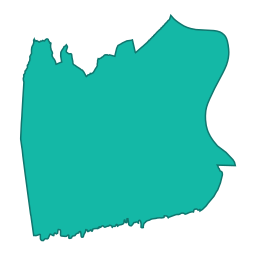 Phra Samut Chedi, Samut Prakan, Thailand (Equal Earth projection)
{"feature_id": "78962969B59575898831596", "entity_name": "Phra Samut Chedi", "entity_type": "district", "adm_level": 2, "iso_a3": "THA", "parent_name": "Thailand", "parent_adm1": "Samut Prakan", "projection": "equal_earth", "projection_center": [100.494, 13.559], "detail": "fine", "context": "isolated", "style": "filled", "palette": "teal", "viewbox_px": 256, "rotation_deg": 0, "n_neighbors": 0, "source": "geoboundaries", "source_scale": "gbopen_adm2", "svg_char_len": 5608}
<svg xmlns="http://www.w3.org/2000/svg" viewBox="0 0 256 256"><path d="M33.7,235.5L36.1,235.6L38.6,234.8L39.2,234.4L40.3,234.6L40.4,238.8L40.8,239.7L41.7,240.5L43.0,240.6L43.5,240.5L44.1,239.6L45.1,238.8L45.8,238.7L47.2,238.9L48.1,238.4L49.6,235.1L50.2,234.1L50.8,234.3L52.7,235.4L53.7,235.6L53.9,235.2L54.0,234.1L54.3,233.5L54.5,233.2L54.8,233.1L55.5,233.2L56.1,233.8L56.3,233.9L57.6,233.2L58.0,230.1L58.3,229.5L58.6,229.5L60.1,229.8L60.4,230.2L60.6,231.6L60.5,234.7L60.8,235.7L61.4,236.0L65.1,236.4L66.4,236.3L68.0,235.1L68.7,235.2L68.8,235.4L68.8,237.6L68.9,238.1L69.3,238.3L69.9,238.4L70.9,238.1L71.5,237.9L72.0,236.7L72.5,236.1L74.9,235.6L75.3,235.2L75.5,234.6L76.2,234.0L77.2,233.3L78.6,233.0L78.9,232.8L79.1,231.9L79.4,231.6L80.2,231.5L80.5,231.7L80.9,233.4L81.1,236.0L81.4,236.8L81.8,237.2L82.5,237.2L83.3,236.8L83.9,234.6L85.2,232.3L85.7,231.0L85.7,230.1L85.7,229.8L85.8,229.6L86.1,229.6L86.3,229.9L86.8,230.1L87.2,230.1L87.7,231.5L88.6,231.4L89.0,230.9L89.8,230.8L90.1,230.2L90.7,229.9L91.0,229.9L91.7,231.1L92.2,231.1L92.6,230.4L92.8,229.2L93.1,229.0L94.1,228.7L96.2,228.5L97.8,228.6L98.0,228.3L98.1,227.9L98.3,227.8L98.7,228.1L98.9,228.1L99.1,227.8L99.2,226.8L99.9,226.8L100.3,227.3L100.6,227.3L102.3,225.8L103.1,225.9L104.3,227.0L104.9,227.2L107.2,226.3L108.8,226.0L109.4,225.3L110.0,225.2L110.7,225.6L111.2,225.6L111.7,226.1L112.0,226.3L112.1,227.2L112.3,227.3L112.5,226.7L112.7,226.4L115.0,226.4L115.8,225.5L116.2,224.6L116.8,224.4L117.1,224.6L117.3,225.1L117.4,225.9L117.6,226.2L119.1,225.0L121.4,224.6L122.5,224.2L123.2,223.8L123.8,223.1L124.2,220.6L124.4,220.0L124.8,220.0L125.5,222.4L126.1,222.7L126.6,222.6L126.8,222.5L126.9,219.2L126.9,218.9L127.1,218.7L127.9,218.7L128.8,224.5L129.1,225.0L129.9,225.6L130.7,225.8L131.3,225.8L131.7,225.5L133.3,223.6L133.7,222.8L134.1,222.5L135.1,222.5L136.2,222.0L137.8,222.2L138.0,222.9L138.5,223.1L138.5,221.9L138.8,220.6L139.3,220.3L139.8,220.3L140.5,221.3L140.9,222.5L141.1,224.2L141.0,227.2L141.1,227.3L141.8,227.7L142.5,227.7L143.3,227.5L143.2,226.7L143.7,224.3L144.4,223.0L145.5,222.3L145.8,221.6L147.4,220.7L149.5,220.1L151.1,219.2L152.6,218.8L155.9,218.4L157.3,218.0L159.8,217.8L161.6,217.9L163.8,217.5L164.1,217.2L164.1,216.1L164.4,215.8L166.6,216.0L166.9,216.1L167.6,216.8L168.0,217.3L168.1,217.7L168.2,217.8L168.5,217.4L169.2,217.1L175.2,214.9L176.6,214.5L178.8,214.5L180.4,213.8L180.9,213.4L181.9,213.1L183.5,213.2L184.4,213.6L185.0,214.1L185.4,214.1L186.7,213.7L189.6,212.4L191.5,211.9L192.9,211.8L193.5,212.0L193.6,211.8L193.7,210.6L194.2,209.6L194.8,209.2L195.6,209.2L196.1,208.9L197.4,209.4L197.8,210.0L198.4,210.1L199.8,209.5L199.9,209.9L200.0,211.0L202.5,209.4L205.3,206.7L206.2,205.8L208.0,203.3L213.9,196.3L216.4,191.8L217.7,189.9L220.4,182.9L222.4,174.9L222.3,173.0L221.9,172.0L221.6,171.7L220.0,170.8L219.1,168.6L218.6,168.3L218.2,167.2L218.0,166.3L217.3,165.1L235.3,165.6L234.5,162.3L233.0,159.8L226.0,152.4L217.4,145.9L213.3,140.9L211.2,137.8L210.1,136.0L208.8,133.4L207.9,131.4L207.2,129.3L206.2,125.5L205.5,119.9L205.4,115.9L205.6,112.8L205.8,110.6L206.6,106.9L207.8,103.3L209.7,98.8L214.5,88.6L222.6,73.3L224.8,68.8L226.4,65.1L227.6,61.2L228.3,58.0L228.7,54.7L228.8,52.2L228.6,48.9L228.1,44.9L227.3,41.1L226.6,38.9L225.7,37.0L224.9,35.8L224.0,34.8L222.1,33.2L220.0,32.0L217.0,31.1L213.9,30.6L195.9,29.6L190.9,28.6L187.3,27.5L183.9,26.0L180.6,24.0L177.8,22.1L175.6,20.4L173.6,18.6L170.8,15.4L169.6,19.3L169.2,19.8L168.0,20.7L167.1,21.9L164.9,24.1L164.7,24.6L163.8,25.5L163.4,26.0L162.9,26.2L162.7,26.8L161.8,27.5L161.4,28.0L161.0,28.1L160.8,28.9L160.4,29.1L159.8,29.7L159.4,29.8L159.1,30.3L157.4,31.8L155.1,34.4L154.5,34.8L154.3,35.3L153.7,35.6L153.5,36.4L152.5,36.9L151.4,38.3L150.5,38.9L150.4,39.3L149.5,40.3L149.0,40.3L148.8,40.8L147.9,41.6L147.6,42.2L147.2,42.4L146.9,42.9L146.4,43.1L146.1,43.6L145.7,43.8L142.6,46.6L141.9,47.1L135.6,52.7L135.2,52.2L132.4,39.9L131.2,40.3L126.9,40.9L126.0,41.3L122.4,43.0L121.0,43.9L118.0,45.5L116.7,48.3L114.9,55.8L114.8,56.3L109.6,54.9L108.7,55.2L108.2,55.3L107.0,54.7L106.3,54.9L105.4,54.8L104.5,55.1L102.7,56.9L101.9,57.2L101.1,58.0L99.8,58.5L99.3,59.0L98.2,58.6L97.6,60.5L97.6,62.3L97.2,64.1L97.4,65.2L97.3,65.6L96.6,67.2L95.6,68.5L94.0,71.4L93.0,72.8L91.2,73.7L90.3,73.4L89.7,74.5L87.8,75.0L87.3,75.7L86.3,76.5L85.8,75.8L85.3,74.7L84.7,73.7L84.0,72.3L82.5,70.3L82.1,70.0L81.5,70.0L80.0,68.7L76.5,66.5L75.4,65.6L73.8,64.7L73.3,64.2L72.9,63.2L72.8,61.5L72.0,57.5L71.7,54.9L71.5,54.2L70.9,53.7L69.5,53.8L68.6,53.7L66.6,52.2L66.3,51.7L66.2,51.2L66.3,50.6L67.5,47.0L67.2,46.1L66.3,44.8L65.6,45.9L64.1,46.6L63.3,48.3L62.2,49.8L60.9,52.2L60.8,53.1L60.7,56.0L61.7,62.0L56.1,64.3L56.0,64.1L55.6,62.3L54.9,60.5L54.1,59.1L53.3,58.2L52.2,56.2L52.0,54.4L52.4,53.8L52.5,53.1L52.2,52.0L51.1,49.8L50.9,48.5L50.6,47.3L50.6,44.8L50.9,43.7L50.8,43.0L50.7,42.9L50.2,43.2L49.8,43.1L49.3,41.7L48.5,40.7L48.3,39.8L48.1,39.4L47.5,39.0L46.8,38.9L45.5,39.6L44.6,40.9L43.9,40.9L42.7,40.4L41.7,41.2L40.5,41.1L40.2,41.3L39.7,42.0L39.1,42.1L38.5,41.6L37.2,41.0L36.7,41.1L36.7,40.7L35.5,40.9L35.0,40.9L34.9,40.7L34.9,40.3L34.7,39.8L34.3,39.7L34.2,39.2L33.6,40.3L33.8,41.8L33.7,42.8L33.1,44.7L32.3,46.1L31.8,47.4L31.5,49.7L31.5,52.9L31.5,53.6L30.5,55.3L29.8,56.8L30.0,58.3L29.7,60.7L28.7,62.6L28.3,64.5L27.6,64.9L27.4,65.4L27.3,65.7L27.5,67.0L27.3,68.0L26.9,68.6L26.4,69.2L26.0,70.2L25.2,70.8L25.0,71.5L25.0,72.7L24.9,73.3L24.7,73.7L23.9,74.5L23.7,74.9L23.9,76.4L23.3,78.3L23.3,79.0L23.5,80.6L23.9,82.0L23.9,82.7L22.9,98.3L22.0,114.0L21.9,116.5L21.4,122.9L20.7,138.1L20.7,139.2L21.8,147.0L22.3,150.2L22.9,156.1L25.2,174.1L30.6,214.3L31.0,216.1L33.7,235.5Z" fill="#14b8a6" stroke="#0f766e" stroke-width="1.5"/></svg>